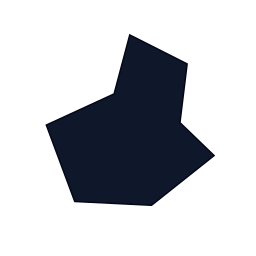 Akhangaran city, Tashkent, Uzbekistan, rotated 148°
{"feature_id": "79887680B16924900870232", "entity_name": "Akhangaran city", "entity_type": "district", "adm_level": 2, "iso_a3": "UZB", "parent_name": "Uzbekistan", "parent_adm1": "Tashkent", "projection": "albers", "projection_center": [69.611, 40.88], "detail": "fine", "context": "isolated", "style": "filled", "palette": "ink", "viewbox_px": 256, "rotation_deg": 148, "n_neighbors": 0, "source": "geoboundaries", "source_scale": "gbopen_adm2", "svg_char_len": 271}
<svg xmlns="http://www.w3.org/2000/svg" viewBox="0 0 256 256"><g transform="rotate(148 128 128)"><path d="M212.1,93.9L149.0,50.0L69.6,59.0L81.1,105.0L43.9,151.0L77.2,206.0L121.7,164.3L195.7,173.8L212.1,93.9Z" fill="#0f172a" stroke="#020617" stroke-width="1.5"/></g></svg>